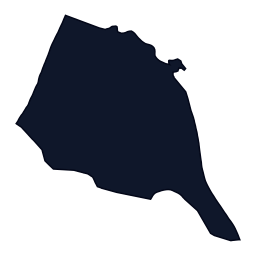 outline of Al Arsh, Al Bayda', Yemen
{"feature_id": "15242507B56607006437737", "entity_name": "Al Arsh", "entity_type": "district", "adm_level": 2, "iso_a3": "YEM", "parent_name": "Yemen", "parent_adm1": "Al Bayda'", "projection": "orthographic", "projection_center": [44.788, 14.359], "detail": "fine", "context": "isolated", "style": "filled", "palette": "ink", "viewbox_px": 256, "rotation_deg": 0, "n_neighbors": 0, "source": "geoboundaries", "source_scale": "gbopen_adm2", "svg_char_len": 3746}
<svg xmlns="http://www.w3.org/2000/svg" viewBox="0 0 256 256"><path d="M97.4,186.6L101.0,187.8L101.4,188.1L116.6,192.3L150.6,199.2L151.7,197.4L152.7,195.6L153.9,194.1L155.4,192.8L157.4,191.9L159.4,191.3L161.3,190.6L163.8,190.0L166.3,189.6L168.3,189.5L170.4,189.7L170.8,189.8L172.7,190.5L174.5,191.4L176.3,192.2L178.0,193.0L179.8,194.1L181.6,195.6L183.0,197.3L184.5,198.8L184.7,199.1L197.5,210.6L210.6,233.3L214.4,235.5L230.8,240.6L232.7,240.3L234.7,240.1L236.7,239.9L238.8,239.7L239.8,239.7L239.1,238.0L238.4,236.1L237.7,234.3L236.9,232.5L236.0,230.5L235.1,228.5L234.1,226.6L233.1,224.9L232.0,223.2L230.7,221.3L229.2,219.4L228.1,217.8L227.0,216.0L225.8,214.2L224.4,212.3L223.3,210.6L221.9,208.5L220.4,206.2L219.3,204.7L218.2,203.1L217.0,201.4L216.8,201.0L215.6,199.3L214.4,197.3L213.4,195.7L212.1,193.8L210.9,191.8L209.7,189.7L208.5,187.5L207.3,185.2L206.2,182.9L205.3,180.8L204.7,178.8L204.1,176.6L203.5,174.1L203.0,172.0L202.4,169.8L201.8,167.2L201.5,165.0L201.3,162.4L200.9,159.9L200.6,157.8L200.3,155.4L200.2,154.8L200.0,153.2L199.6,150.4L199.3,147.8L199.0,145.3L198.8,143.3L198.4,141.2L198.1,139.1L197.7,137.0L197.6,136.7L197.4,135.7L197.3,134.9L196.9,132.4L196.4,130.4L196.0,128.7L195.9,128.5L195.5,126.2L195.1,124.7L195.0,124.2L194.5,122.4L194.1,120.3L194.0,119.9L193.7,119.0L193.5,118.0L192.8,115.9L192.2,114.2L191.8,113.0L191.5,112.2L190.9,110.5L187.8,98.5L185.7,91.8L173.8,77.4L173.9,77.1L173.9,76.9L173.0,75.4L173.0,72.2L175.7,71.7L176.0,71.7L177.9,70.9L177.9,70.7L178.0,70.4L178.1,70.2L178.4,69.5L178.6,69.0L178.7,68.8L178.7,68.3L178.8,68.2L178.9,68.3L179.2,68.2L179.3,68.1L179.5,68.1L180.0,68.1L180.3,68.2L180.6,68.2L181.0,67.8L181.7,68.3L184.2,70.2L185.6,68.6L181.7,63.8L180.8,61.0L177.7,59.0L175.1,59.8L174.8,60.0L174.5,60.1L174.3,60.2L173.2,60.4L172.5,60.5L171.8,60.5L170.2,60.4L169.6,60.3L169.1,60.4L168.8,60.6L168.8,61.3L168.7,61.7L168.7,61.8L168.8,62.2L168.8,62.3L168.8,62.5L168.9,62.9L168.9,63.0L169.0,63.6L169.1,64.0L169.2,64.4L169.3,64.5L168.2,64.3L167.2,64.0L165.9,63.8L164.1,63.0L162.4,62.2L160.6,61.4L159.6,60.8L159.1,60.5L158.9,60.4L158.5,60.0L157.4,59.1L156.0,57.5L155.1,56.0L154.9,55.7L154.8,53.7L154.9,51.6L154.7,49.5L154.3,48.7L153.9,47.7L152.5,46.3L150.9,45.3L150.0,45.0L148.8,44.6L146.8,44.1L145.3,43.6L144.9,43.4L143.4,42.4L141.7,41.2L140.0,39.5L138.6,38.2L138.4,38.0L137.2,36.6L136.0,35.1L134.7,33.5L133.2,32.2L131.4,31.1L129.9,31.2L129.5,31.2L127.5,31.7L125.4,32.7L123.7,33.1L121.4,33.3L117.8,31.9L117.3,30.2L117.3,28.8L117.0,26.8L115.9,26.1L112.4,26.4L111.8,26.6L109.4,28.3L106.5,29.0L105.2,29.5L99.3,28.0L65.5,15.4L64.7,17.3L63.8,19.3L63.2,20.9L62.5,22.6L61.7,24.3L60.9,25.9L60.9,26.0L60.0,27.8L59.2,29.7L58.4,31.5L58.2,32.0L57.7,33.1L57.4,33.5L56.3,35.6L55.2,37.8L54.4,39.6L53.5,41.4L52.3,43.8L51.5,45.6L50.8,47.3L50.0,49.6L49.4,51.4L49.2,52.1L48.7,53.3L48.1,55.1L47.4,56.7L47.0,57.8L46.5,58.9L45.8,60.7L45.1,62.6L44.3,64.3L44.0,65.1L43.7,66.0L42.8,68.1L42.2,69.9L41.4,72.3L40.3,74.3L39.5,76.3L39.0,78.1L38.6,79.8L38.3,81.9L38.2,82.1L38.0,82.8L37.8,83.6L36.8,85.2L35.8,87.1L35.4,88.0L35.0,89.0L34.2,90.9L33.5,92.6L32.9,94.2L32.0,96.1L31.0,97.9L30.2,99.6L29.6,101.2L29.0,102.7L28.5,104.2L27.6,105.9L26.3,107.5L25.5,108.9L24.6,110.4L23.5,112.1L22.6,113.7L21.3,115.2L20.4,116.6L19.5,118.0L18.7,119.4L18.0,120.9L17.1,122.3L16.2,123.6L17.3,124.4L21.5,127.2L22.8,128.7L28.0,134.3L28.5,134.9L32.7,139.5L32.9,139.5L39.7,147.1L41.0,148.6L42.0,149.6L42.2,150.3L42.3,150.7L42.5,151.5L45.0,160.8L47.5,163.3L49.1,164.9L51.3,167.0L53.4,169.0L73.9,170.2L77.0,171.0L78.8,171.5L80.8,172.0L83.1,172.6L83.5,172.8L84.1,172.9L87.0,173.6L87.7,173.8L90.0,175.2L90.5,175.6L91.4,176.2L92.6,176.9L93.4,178.3L94.2,180.0L95.4,182.8L96.2,184.2L96.9,185.6L97.2,186.1L97.4,186.6Z" fill="#0f172a" stroke="#020617" stroke-width="1.5"/></svg>